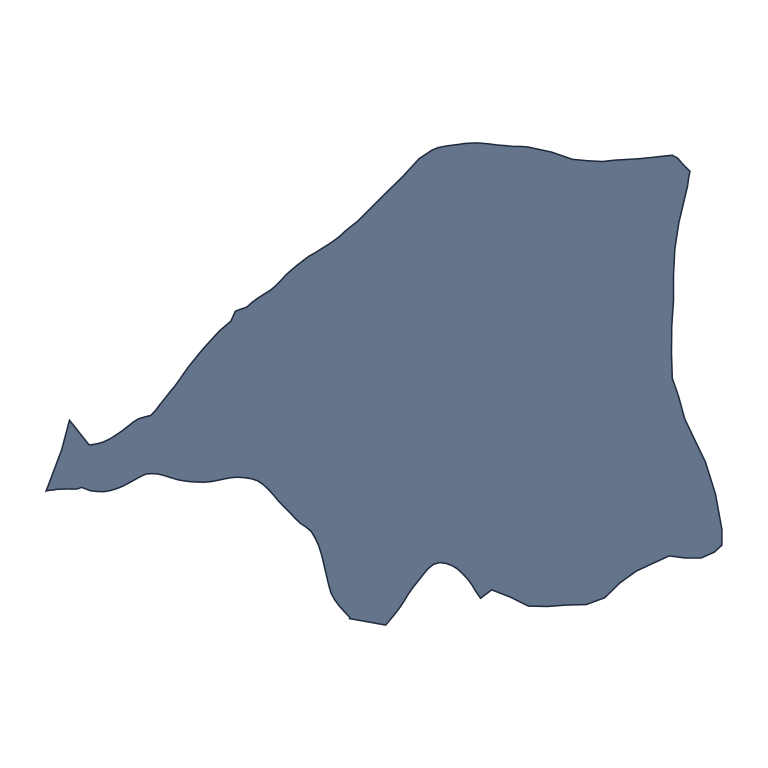 the district of Yafi', Lahij, Yemen
{"feature_id": "15242507B78298704524990", "entity_name": "Yafi'", "entity_type": "district", "adm_level": 2, "iso_a3": "YEM", "parent_name": "Yemen", "parent_adm1": "Lahij", "projection": "equal_earth", "projection_center": [45.205, 13.861], "detail": "fine", "context": "isolated", "style": "filled", "palette": "slate", "viewbox_px": 768, "rotation_deg": 0, "n_neighbors": 0, "source": "geoboundaries", "source_scale": "gbopen_adm2", "svg_char_len": 2760}
<svg xmlns="http://www.w3.org/2000/svg" viewBox="0 0 768 768"><path d="M690.0,171.3L683.1,164.5L677.6,158.1L672.2,155.2L639.6,158.7L615.2,160.1L602.2,161.5L587.0,160.7L572.3,159.3L551.7,152.1L527.4,146.9L520.5,146.4L512.8,146.4L505.2,145.6L497.2,145.0L489.9,144.0L483.8,143.4L477.3,142.9L471.2,143.1L464.4,143.5L458.0,144.5L451.3,145.3L445.0,146.2L437.9,147.7L431.6,150.3L426.0,154.1L419.2,158.6L402.4,176.9L400.0,179.2L385.8,193.0L357.3,221.5L351.0,226.4L345.3,231.0L339.9,236.1L333.2,241.2L327.6,244.9L320.9,249.1L315.2,252.7L309.0,256.2L303.7,260.1L298.3,264.3L298.0,264.5L291.6,269.8L286.3,274.5L281.3,280.0L276.1,285.4L270.7,290.0L264.9,293.6L258.7,297.5L252.0,302.4L246.9,307.0L240.7,309.2L235.3,311.2L231.0,321.0L226.0,325.3L219.9,330.5L214.8,335.9L209.5,341.7L204.5,347.2L199.1,353.6L196.4,357.0L193.8,360.2L188.6,366.6L183.9,373.2L179.8,379.2L174.7,386.3L170.1,391.7L165.1,398.1L159.9,404.6L155.6,410.4L150.6,415.5L144.7,416.9L138.5,418.8L132.9,422.3L127.7,426.5L122.0,430.9L116.5,434.7L110.0,438.8L103.3,442.0L97.0,443.8L92.1,444.6L92.1,444.9L89.0,444.7L85.3,440.1L69.5,420.2L61.6,449.9L46.1,491.1L46.8,490.8L49.5,490.3L53.7,490.0L56.7,489.3L59.5,489.3L62.4,489.1L65.1,489.1L68.0,488.9L71.0,489.1L71.7,489.1L73.9,489.1L76.6,489.0L79.6,488.2L81.4,487.3L90.6,490.8L96.9,491.5L104.2,491.7L110.7,490.5L116.6,488.7L122.6,486.3L128.5,483.2L134.1,480.1L139.7,477.0L145.7,474.1L151.8,473.6L157.9,474.0L164.7,475.7L170.9,477.7L178.0,479.8L184.7,481.0L191.5,481.8L198.5,482.1L204.7,482.2L211.1,481.6L217.5,480.4L225.0,478.8L231.1,477.7L237.4,477.2L244.4,477.7L251.0,478.7L257.2,480.6L262.8,484.3L267.9,488.9L273.1,494.6L278.5,501.1L283.3,506.1L289.2,512.0L295.0,518.2L300.3,523.3L305.9,527.0L311.2,531.4L315.2,538.2L318.5,545.2L320.9,552.6L322.0,556.5L322.9,560.3L324.9,568.9L326.4,575.5L326.8,577.1L328.8,585.4L331.0,593.1L334.7,599.8L338.9,605.6L344.0,611.3L349.4,617.0L349.6,617.8L349.6,618.7L349.8,618.7L385.6,625.1L390.6,619.3L395.5,613.3L400.5,606.6L404.5,600.5L408.5,593.8L413.2,587.2L418.1,581.0L423.4,574.3L428.1,568.7L433.4,564.4L439.6,562.6L439.8,562.6L445.9,563.4L451.8,565.5L457.3,568.8L463.0,574.1L468.0,579.5L472.3,585.5L474.2,588.8L476.1,591.9L480.5,598.2L480.6,598.3L484.4,595.3L488.9,592.0L491.3,590.1L491.5,589.9L491.9,590.0L508.5,596.4L510.5,597.2L516.0,599.9L516.1,600.0L528.4,606.1L547.3,606.5L567.4,605.0L586.1,604.6L592.5,602.3L592.6,602.2L604.7,597.8L619.9,582.9L636.3,571.1L648.8,565.3L654.8,562.5L669.2,555.9L684.9,558.0L701.2,558.0L714.4,552.1L721.9,545.1L721.9,529.3L715.5,494.1L705.4,461.8L694.1,438.5L684.7,418.7L678.3,395.4L672.3,378.3L671.5,353.3L671.7,333.1L671.7,327.1L673.5,300.7L673.5,275.0L674.4,257.5L674.9,248.5L678.9,222.5L687.5,186.4L688.6,178.2L690.0,171.3Z" fill="#64748b" stroke="#1e293b" stroke-width="1.5"/></svg>